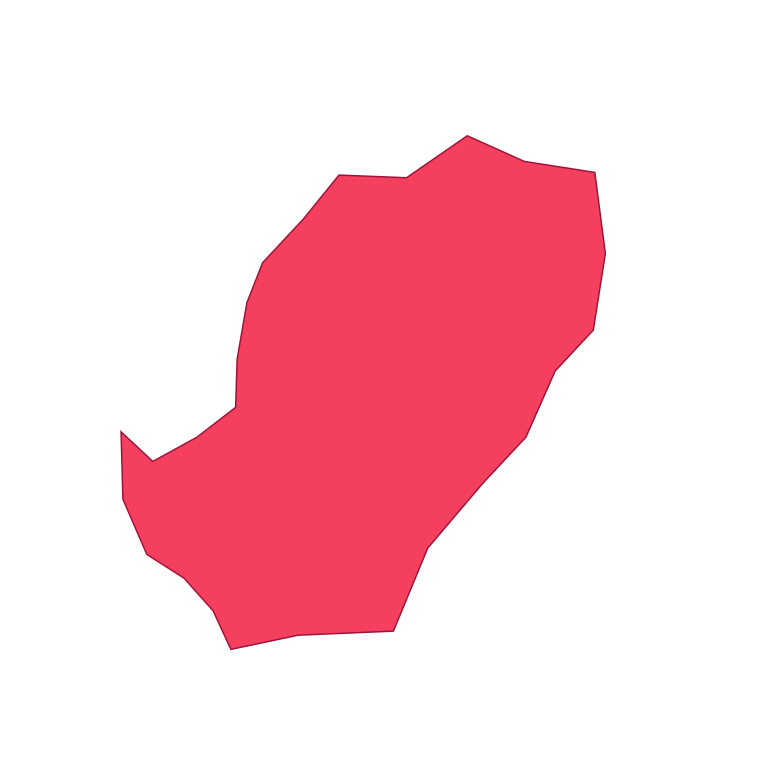 Agrokipia, Nicosia, Cyprus, rotated 223°
{"feature_id": "46923920B48928942173959", "entity_name": "Agrokipia", "entity_type": "district", "adm_level": 2, "iso_a3": "CYP", "parent_name": "Cyprus", "parent_adm1": "Nicosia", "projection": "natural_earth1", "projection_center": [33.155, 35.046], "detail": "fine", "context": "isolated", "style": "filled", "palette": "rose", "viewbox_px": 768, "rotation_deg": 223, "n_neighbors": 0, "source": "geoboundaries", "source_scale": "gbopen_adm2", "svg_char_len": 493}
<svg xmlns="http://www.w3.org/2000/svg" viewBox="0 0 768 768"><g transform="rotate(223 384 384)"><path d="M559.4,506.1L555.5,450.1L555.5,390.0L539.7,349.9L508.2,301.8L476.6,265.8L484.5,217.7L500.3,169.7L543.7,169.7L496.3,121.6L441.2,97.6L397.8,105.6L354.4,101.6L315.0,85.5L275.6,141.6L208.6,209.7L240.1,293.8L244.0,377.9L244.0,442.0L267.7,510.2L267.7,566.2L311.1,630.4L374.1,682.5L433.3,642.4L492.4,622.3L508.2,550.2L559.4,506.1Z" fill="#f43f5e" stroke="#9f1239" stroke-width="1.5"/></g></svg>